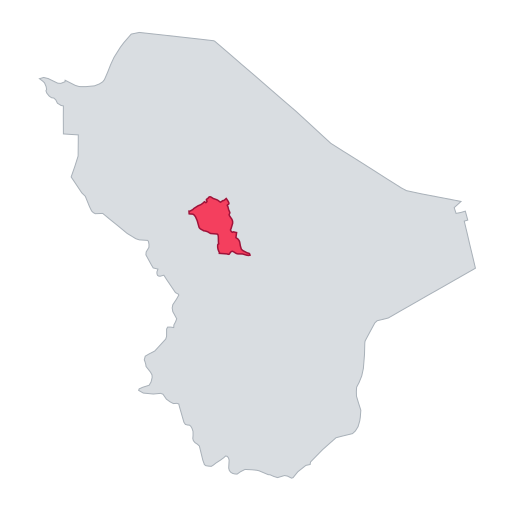 location of Babil within Iraq, rotated 181°
{"feature_id": "IRQ-3472", "entity_name": "Babil", "entity_type": "Province", "adm_level": 1, "iso_a3": "IRQ", "parent_name": "Iraq", "parent_adm1": "", "projection": "robinson", "projection_center": [44.536, 32.662], "detail": "fine", "context": "in_parent", "style": "filled", "palette": "rose", "viewbox_px": 512, "rotation_deg": 181, "n_neighbors": 0, "source": "natural_earth", "source_scale": "10m", "svg_char_len": 4724}
<svg xmlns="http://www.w3.org/2000/svg" viewBox="0 0 512 512"><g transform="rotate(181 256 256)"><path d="M198.2,48.5L202.5,47.5L210.4,41.0L215.1,35.0L216.6,34.5L220.7,36.5L223.7,37.0L230.6,34.8L234.6,36.0L238.1,37.5L240.0,37.6L249.2,41.3L251.5,41.8L256.2,42.2L263.3,42.4L267.8,40.0L271.1,37.6L273.3,37.7L275.5,38.2L277.3,39.2L278.9,41.0L279.6,43.5L279.3,51.5L280.0,53.7L281.3,55.2L282.9,55.5L284.8,53.7L288.1,51.2L292.3,48.4L295.4,45.9L297.1,44.9L299.9,45.1L302.6,45.5L304.1,46.7L304.1,47.1L305.6,50.9L309.3,65.0L311.3,66.8L313.7,68.3L315.4,70.3L316.0,72.4L315.8,75.7L315.9,79.5L316.9,82.4L318.2,84.6L319.5,85.7L321.4,85.8L323.7,86.4L325.2,88.6L330.1,104.6L330.6,106.7L332.6,107.3L336.0,107.0L339.4,108.7L343.1,111.3L346.6,116.2L349.0,117.0L356.3,116.2L366.3,117.0L371.0,119.6L370.5,121.1L366.9,122.8L360.6,124.9L358.7,128.3L357.7,132.8L357.9,135.3L359.5,138.1L364.0,143.6L364.3,145.6L365.1,148.3L365.9,150.2L365.0,153.9L360.9,156.4L355.6,159.2L344.8,171.4L344.0,174.1L344.1,181.4L343.1,183.4L339.7,183.4L337.0,183.0L336.9,185.6L335.2,189.0L334.2,191.9L338.2,198.9L338.9,202.6L338.3,205.9L334.6,211.7L332.5,215.6L333.0,216.5L335.9,218.0L344.9,230.8L347.8,235.2L351.5,234.1L352.9,234.2L354.1,234.9L354.7,236.4L354.8,238.3L353.8,241.2L358.6,242.3L360.4,245.2L366.1,255.2L365.9,258.1L363.2,262.8L363.2,265.9L363.8,268.7L364.6,269.7L373.0,270.1L376.5,271.2L385.2,276.3L395.0,284.1L403.1,290.4L410.0,295.9L417.4,295.5L419.4,296.5L421.2,298.2L423.4,302.6L427.7,312.7L431.3,316.1L436.9,324.2L442.2,331.8L438.8,342.1L435.6,352.8L435.7,366.6L435.8,374.0L442.9,374.3L450.7,374.7L450.9,383.6L451.1,392.5L451.2,402.7L453.5,403.1L457.2,405.3L458.9,408.6L460.9,410.4L463.2,410.7L465.6,412.3L468.0,415.2L468.9,417.5L468.3,419.0L468.8,421.7L470.5,425.5L472.5,427.3L475.6,429.5L471.4,430.8L466.9,429.8L457.2,425.3L454.1,425.2L450.0,426.9L449.9,428.4L439.6,423.4L436.0,422.4L434.6,422.3L428.8,422.4L420.5,423.3L415.6,425.3L412.3,427.5L410.7,429.6L410.2,430.7L407.6,437.0L404.6,445.0L401.4,452.2L395.3,462.3L391.9,467.0L384.6,475.7L376.6,477.5L358.2,475.8L337.7,473.9L317.4,472.0L302.2,470.5L301.1,470.1L286.1,457.7L274.3,447.8L259.5,435.6L244.5,423.0L229.3,410.3L218.2,401.1L204.8,389.2L192.7,378.4L183.1,369.9L170.8,362.4L161.1,356.6L147.1,348.1L136.0,341.3L126.4,335.4L111.7,326.5L106.8,324.0L91.5,321.0L77.0,318.5L62.0,315.9L52.0,314.1L58.7,307.8L56.7,302.1L51.9,303.1L47.5,304.5L44.9,295.6L48.4,294.5L45.4,282.9L42.4,270.9L39.4,259.4L36.4,247.6L49.2,240.0L58.8,234.3L72.1,226.4L85.0,218.8L97.2,211.5L110.7,203.5L122.7,196.3L133.7,193.4L136.0,191.2L141.1,181.4L145.4,173.0L145.7,171.1L145.8,159.2L146.7,145.4L148.2,137.9L150.7,131.4L153.1,126.6L153.3,122.1L153.1,117.6L150.9,110.7L148.5,103.6L148.9,96.7L149.4,93.0L151.0,87.1L153.6,82.8L156.4,80.1L166.7,77.4L172.8,75.7L181.1,68.1L186.0,63.6L192.8,56.4L197.8,51.1L198.2,49.2L198.2,48.5Z" fill="#d9dde1" stroke="#a8b0b8" stroke-width="1"/><path d="M283.5,257.2L284.1,257.3L285.2,257.6L292.7,258.0L292.6,258.7L293.2,259.8L294.0,261.8L294.3,263.1L294.5,264.3L294.5,266.4L294.2,267.1L293.5,267.5L293.8,269.1L294.0,274.5L294.2,275.8L294.5,276.7L294.9,277.0L295.1,277.1L295.3,277.3L301.7,277.7L302.0,277.8L304.8,279.4L307.1,280.1L308.7,280.3L309.1,280.4L309.4,280.8L310.8,281.4L312.0,282.1L312.6,282.6L313.2,283.3L313.5,283.9L315.4,290.3L317.2,294.2L318.0,295.2L318.8,296.1L319.6,296.6L320.3,296.8L323.0,296.9L323.6,297.0L323.7,298.6L323.8,299.7L323.1,299.7L322.7,299.8L322.1,300.1L320.1,301.3L319.6,301.7L319.0,302.4L318.7,302.6L314.8,305.2L312.0,306.4L310.0,307.9L308.7,309.2L308.4,309.4L308.1,309.2L307.6,308.7L307.3,308.5L307.1,308.5L306.7,308.6L306.3,309.1L306.0,309.6L305.9,309.9L306.0,310.2L306.2,310.4L306.5,310.7L306.6,311.2L306.6,311.6L306.4,311.9L306.1,312.1L305.4,312.5L305.2,312.7L304.3,313.8L304.0,314.1L303.6,314.3L303.2,314.4L302.7,314.4L302.1,314.2L299.6,312.7L298.3,312.3L296.0,311.5L294.6,310.7L293.6,309.9L292.4,309.2L290.2,310.8L289.9,310.8L289.5,310.9L289.3,310.9L288.4,311.5L286.8,313.0L286.1,312.1L285.9,311.7L285.5,311.2L285.2,310.8L284.4,309.4L284.0,308.4L284.0,307.9L284.3,307.3L285.4,306.7L285.6,305.8L285.3,305.5L285.0,305.0L284.3,302.4L284.2,301.9L283.3,300.0L282.9,298.9L283.1,298.0L283.6,297.0L283.3,295.9L280.7,292.2L280.0,290.4L279.9,288.4L281.5,282.6L281.9,282.1L281.9,281.5L281.9,281.2L281.7,280.8L280.6,279.7L280.3,279.4L280.0,279.3L279.8,279.3L279.6,279.4L279.1,279.7L278.9,279.7L278.6,279.7L277.1,279.3L275.8,279.1L276.4,274.0L274.4,272.7L273.2,271.2L272.6,269.8L271.8,265.8L270.8,262.6L269.4,261.3L265.1,259.1L262.9,258.5L262.3,257.8L262.0,256.7L263.6,256.4L265.6,256.7L269.5,257.8L273.8,257.8L274.9,257.9L276.0,258.3L278.8,260.0L279.8,260.3L280.8,260.0L281.6,259.2L282.9,257.3L283.5,257.2Z" fill="#f43f5e" stroke="#9f1239" stroke-width="1.5"/></g></svg>